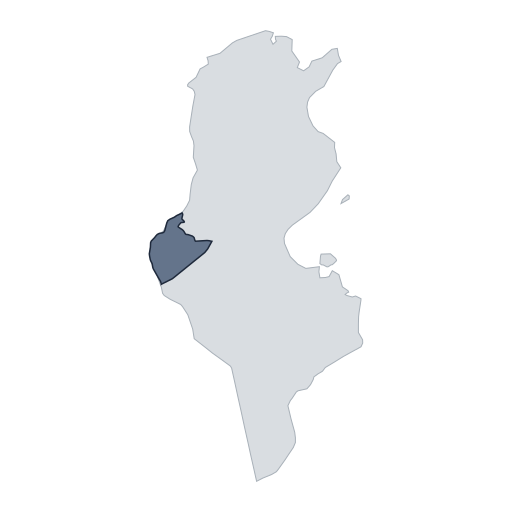 where Tozeur sits in Tunisia
{"feature_id": "TUN-101", "entity_name": "Tozeur", "entity_type": "Governorate", "adm_level": 1, "iso_a3": "TUN", "parent_name": "Tunisia", "parent_adm1": "", "projection": "mercator", "projection_center": [7.997, 33.974], "detail": "fine", "context": "in_parent", "style": "filled", "palette": "slate", "viewbox_px": 512, "rotation_deg": 0, "n_neighbors": 0, "source": "natural_earth", "source_scale": "10m", "svg_char_len": 3333}
<svg xmlns="http://www.w3.org/2000/svg" viewBox="0 0 512 512"><path d="M361.0,298.7L360.9,300.4L359.1,312.3L358.6,316.6L358.4,323.8L358.4,332.5L362.6,339.8L362.7,343.1L361.0,346.8L353.3,351.0L343.3,356.5L334.8,361.8L325.3,367.5L322.5,371.2L317.8,374.0L313.9,376.9L313.2,379.6L310.5,384.7L306.9,388.8L298.0,390.8L296.3,392.0L292.2,398.2L290.3,400.6L287.9,405.7L291.0,418.8L294.7,432.2L295.4,437.8L295.4,442.5L293.3,447.5L288.5,454.6L285.0,459.9L278.3,469.3L276.4,471.7L271.8,474.4L262.8,478.1L256.6,481.3L253.4,466.9L250.6,454.6L248.4,444.4L244.4,426.5L241.1,411.2L237.7,395.9L234.7,382.0L231.6,368.0L230.3,366.0L221.1,359.3L212.6,353.2L203.8,346.2L194.2,338.7L192.7,329.1L187.8,314.7L182.6,306.7L180.7,304.5L170.2,299.3L164.2,295.5L162.6,293.3L161.4,287.4L157.1,275.6L152.2,264.9L150.4,257.7L150.2,248.5L151.1,241.9L153.3,239.1L163.5,230.9L168.2,221.0L174.0,217.2L179.1,214.4L183.2,211.2L186.8,205.9L189.6,200.3L190.1,194.2L191.3,184.5L193.1,177.8L197.4,170.1L195.6,164.0L193.3,157.3L194.0,145.7L193.4,141.0L191.6,136.8L189.7,131.5L189.6,127.0L191.4,115.3L192.8,106.3L195.0,94.6L194.3,91.4L192.6,88.9L187.7,86.3L187.6,84.8L188.8,83.0L196.1,77.3L200.1,68.9L203.3,67.2L208.3,64.1L208.1,60.8L207.0,57.3L220.0,53.3L232.4,42.9L236.8,40.4L265.5,30.7L269.2,31.4L273.4,32.8L272.2,36.4L270.5,39.2L273.0,44.3L276.4,41.2L275.5,39.2L275.3,36.4L281.3,36.2L286.5,36.6L292.2,39.6L291.8,51.0L299.5,62.0L297.3,67.6L303.6,70.8L309.1,66.9L311.9,61.1L322.2,57.8L331.9,49.3L337.3,48.4L338.5,55.4L341.1,61.5L337.5,63.6L332.8,70.1L323.9,86.5L315.7,91.3L309.5,97.6L307.6,102.0L306.9,107.2L308.5,116.5L313.0,125.9L318.1,131.6L323.1,133.4L334.7,142.4L334.5,147.7L336.1,154.0L336.8,161.7L340.8,167.8L332.2,181.1L327.4,190.7L318.2,203.8L310.0,212.4L292.4,225.1L288.1,229.3L285.3,233.6L284.0,238.1L284.5,243.5L290.2,256.6L297.9,264.3L305.8,268.4L319.4,266.7L318.9,271.8L319.9,277.8L325.4,277.5L329.1,276.6L332.3,270.7L338.9,274.7L342.4,286.9L348.0,290.7L348.7,292.1L346.7,293.1L345.1,294.5L346.8,295.5L352.3,297.0L355.6,296.0L361.0,298.7ZM332.3,264.7L330.9,264.9L328.3,266.7L327.0,266.9L323.2,264.9L321.7,264.9L319.9,263.6L320.5,256.2L321.1,254.1L330.4,253.8L335.4,258.2L336.2,259.4L336.5,260.7L334.1,263.1L332.3,264.7ZM349.1,199.0L341.0,203.6L342.5,199.6L347.9,194.8L349.3,195.9L349.1,199.0Z" fill="#d9dde1" stroke="#a8b0b8" stroke-width="1"/><path d="M161.3,284.3L161.3,284.0L160.6,281.6L156.5,274.5L153.2,268.7L152.7,267.0L152.2,263.8L150.7,260.8L150.3,259.7L149.6,256.2L149.3,253.8L150.4,247.4L150.6,242.7L151.3,241.0L152.5,239.8L154.6,237.6L155.9,235.9L157.3,234.4L159.3,233.4L162.7,232.8L163.7,232.3L164.3,231.5L164.8,230.5L166.8,222.9L167.8,220.7L169.9,219.2L174.4,217.2L176.6,215.6L181.6,213.3L182.1,212.9L182.3,213.1L182.7,214.3L182.7,214.9L181.9,218.3L181.9,218.8L182.0,219.1L183.8,220.9L184.0,221.2L184.3,221.7L184.3,222.0L184.1,222.2L183.9,222.3L181.3,222.6L181.1,222.7L180.8,222.8L180.6,223.0L178.7,225.3L178.5,225.8L178.1,226.4L178.2,226.8L178.3,227.1L182.2,229.6L183.2,230.5L183.6,231.0L184.4,232.2L185.0,233.3L185.4,233.9L185.7,234.2L185.9,234.3L186.2,234.4L188.1,234.6L192.1,236.0L192.4,236.1L193.3,236.8L194.0,237.5L194.2,237.9L194.3,238.2L194.5,239.1L195.0,240.6L195.3,241.0L195.5,241.2L207.0,240.5L209.0,240.7L211.9,241.3L207.7,248.9L204.8,252.5L172.4,278.7L162.2,283.8L161.3,284.3Z" fill="#64748b" stroke="#1e293b" stroke-width="1.5"/></svg>